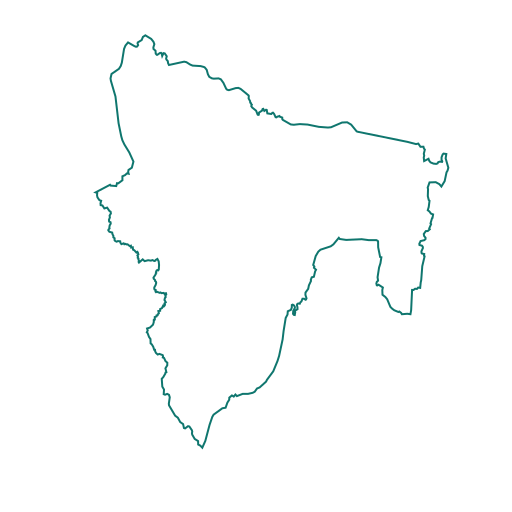 Bueng Na Rang, Phichit, Thailand (Equal Earth projection), rotated 10°
{"feature_id": "78962969B60737271692218", "entity_name": "Bueng Na Rang", "entity_type": "district", "adm_level": 2, "iso_a3": "THA", "parent_name": "Thailand", "parent_adm1": "Phichit", "projection": "equal_earth", "projection_center": [100.12, 16.173], "detail": "fine", "context": "isolated", "style": "outline", "palette": "teal", "viewbox_px": 512, "rotation_deg": 10, "n_neighbors": 0, "source": "geoboundaries", "source_scale": "gbopen_adm2", "svg_char_len": 6071}
<svg xmlns="http://www.w3.org/2000/svg" viewBox="0 0 512 512"><g transform="rotate(10 256 256)"><path d="M213.4,434.2L214.9,437.9L216.1,438.1L218.6,435.4L220.0,435.5L223.1,438.7L223.7,440.0L223.7,441.6L224.2,443.0L227.4,446.8L231.1,448.3L231.8,451.7L234.1,452.4L236.4,454.1L238.2,446.9L239.6,430.3L240.9,422.0L241.8,419.6L249.3,411.8L252.4,410.7L253.3,405.3L254.6,402.2L254.3,400.1L256.5,397.5L258.5,398.3L259.8,396.0L261.5,397.3L266.8,394.1L272.0,393.2L276.5,391.3L278.3,389.9L280.0,386.3L282.4,384.8L287.7,378.0L288.3,376.0L293.0,366.6L295.4,355.7L296.1,350.4L296.7,333.6L296.2,325.0L296.0,311.8L297.2,308.2L296.9,304.9L299.7,303.0L300.2,300.6L299.8,298.0L300.6,297.5L302.0,298.1L303.1,299.4L303.3,300.4L302.2,303.6L302.5,306.5L303.5,307.4L304.4,307.4L304.4,304.7L303.8,303.2L306.1,301.2L305.7,299.2L304.8,297.2L304.9,296.3L305.8,295.4L307.4,295.4L307.7,294.0L308.6,292.9L309.2,290.0L310.8,289.7L312.3,290.5L312.8,290.2L313.1,288.9L311.4,285.7L311.1,283.4L313.1,279.3L313.2,275.7L314.5,271.0L314.1,270.0L314.6,267.3L316.6,266.4L316.9,260.9L317.5,259.1L315.1,257.5L315.3,256.2L313.9,254.9L314.8,245.7L316.6,240.9L318.4,238.6L327.9,233.5L330.2,231.1L334.4,223.7L335.5,224.7L342.0,224.5L357.2,221.1L364.3,220.8L371.8,219.5L373.2,219.9L373.7,220.5L374.8,226.2L378.4,235.4L379.7,235.5L379.8,241.5L379.2,246.0L379.4,255.8L380.5,259.1L379.5,260.4L379.3,262.2L380.0,263.8L380.4,264.0L381.7,263.0L386.4,265.0L386.3,267.6L387.3,272.2L390.5,273.9L392.7,275.8L397.2,282.8L399.2,284.2L401.5,285.4L405.0,286.2L406.0,286.4L406.8,285.8L408.9,286.9L409.8,288.0L415.1,286.6L418.2,286.5L418.2,282.5L415.6,262.3L417.0,262.1L418.4,260.6L420.2,260.5L421.2,258.9L423.2,258.9L422.8,253.4L422.9,251.1L421.5,237.1L422.1,227.0L421.4,226.6L421.3,224.8L419.1,224.8L418.5,224.3L418.1,222.6L419.0,219.1L418.6,217.9L417.6,217.0L415.1,216.8L414.7,215.6L415.5,212.7L419.0,211.2L420.0,209.9L419.8,208.6L418.1,207.1L417.4,205.2L418.9,202.0L420.8,201.6L422.5,199.5L421.8,198.8L422.9,194.2L422.2,193.6L422.8,188.2L423.2,187.9L423.2,184.3L421.0,183.9L419.0,182.0L417.2,181.1L417.6,177.8L417.3,171.5L416.4,170.9L414.8,167.2L413.8,160.2L413.2,158.9L414.1,153.4L420.2,152.1L424.1,153.4L426.5,155.4L428.8,149.5L429.1,140.5L429.8,138.7L430.1,135.7L425.8,126.9L425.7,122.5L422.9,122.6L422.2,123.6L421.6,126.6L422.0,129.0L423.0,130.4L422.9,131.0L420.8,131.1L419.2,131.9L418.7,133.3L417.5,134.0L414.8,134.2L411.6,133.5L410.0,132.1L409.0,130.3L405.1,133.3L404.1,129.9L404.2,127.9L403.5,126.2L403.8,121.9L402.8,121.1L401.9,119.3L399.0,119.9L396.3,117.1L394.2,118.0L385.3,117.3L334.8,116.0L333.5,115.8L326.9,110.1L322.6,108.5L317.6,109.6L307.5,116.2L304.5,117.0L295.5,117.9L284.0,117.6L276.2,118.5L270.4,120.2L267.4,120.4L258.8,117.3L258.2,116.8L257.8,115.1L254.9,114.6L254.7,114.1L252.6,115.2L252.1,115.9L251.2,115.9L249.2,113.0L247.9,111.9L247.3,112.1L246.4,113.5L242.4,113.6L241.2,110.3L240.5,110.2L239.0,111.7L237.6,109.8L237.0,110.1L236.6,111.9L234.1,114.2L234.2,116.4L233.6,116.7L233.0,116.4L230.9,112.9L226.4,110.4L225.3,109.2L225.6,107.7L225.0,107.4L224.6,106.4L223.7,106.0L223.3,104.5L221.4,102.2L221.1,99.6L220.7,99.1L211.8,94.1L209.4,93.5L206.8,94.2L200.5,97.4L198.8,97.3L197.6,96.5L193.8,91.1L190.7,88.1L188.3,87.6L183.6,88.7L181.7,88.7L178.9,87.7L177.1,85.4L175.1,81.2L172.8,79.2L171.8,78.9L168.5,78.6L160.5,79.5L157.9,78.9L153.8,77.2L151.5,77.1L137.1,83.0L135.9,81.3L135.3,79.4L133.6,78.0L133.2,77.1L133.4,74.8L130.9,72.3L129.7,72.3L128.9,75.3L127.8,72.8L127.2,72.4L126.1,72.8L123.9,75.0L123.3,75.1L122.1,74.1L121.4,71.3L119.1,69.9L118.7,68.4L119.1,65.0L117.8,62.8L115.1,60.4L108.7,57.9L106.6,59.9L105.9,63.2L102.5,66.2L102.4,67.1L103.3,68.8L102.5,70.4L101.5,70.8L99.8,70.4L92.9,67.9L90.9,71.4L90.1,74.9L90.3,88.9L89.8,92.4L88.5,95.5L82.1,101.8L81.9,106.4L82.7,108.7L89.9,123.3L97.6,149.1L102.5,161.5L104.3,165.2L107.0,169.0L113.2,176.0L118.9,184.3L118.4,190.6L115.5,193.4L115.5,195.5L116.3,197.1L114.5,197.1L113.0,199.1L110.6,200.7L111.3,204.6L107.7,208.4L106.5,208.4L106.2,211.4L100.6,211.9L99.9,211.2L87.0,221.2L88.7,221.5L88.9,223.8L89.7,225.8L92.1,228.2L93.9,228.5L93.7,231.1L94.2,232.9L96.0,232.9L98.4,235.5L101.0,234.2L103.8,237.1L105.1,237.6L105.7,239.3L104.8,241.6L105.4,243.4L104.9,245.9L105.4,247.6L106.9,248.0L107.3,249.4L106.6,251.2L106.6,253.4L107.0,254.3L106.1,255.6L106.1,256.4L107.4,257.6L110.3,257.9L111.0,259.7L112.0,260.8L112.3,262.4L113.7,263.1L113.9,264.9L114.8,265.7L116.3,266.1L117.4,265.3L119.7,265.1L120.1,266.4L121.4,267.7L123.5,266.5L124.3,267.3L125.5,266.7L126.4,267.1L127.5,266.8L130.0,268.2L131.0,267.6L131.6,269.4L133.1,268.8L133.8,271.1L135.2,271.5L137.6,273.4L138.4,272.5L139.0,273.0L139.9,274.9L139.1,276.0L139.9,277.2L139.8,278.3L140.7,278.9L140.8,279.9L141.7,281.1L141.4,282.2L141.9,282.8L145.0,279.0L147.2,280.4L150.5,278.9L153.3,278.8L154.8,278.0L156.7,278.6L157.7,278.1L157.9,277.3L159.4,276.0L161.1,278.2L162.1,281.7L162.6,286.3L162.1,287.2L161.2,287.0L160.6,287.6L160.3,289.1L160.7,289.9L160.3,290.3L160.4,291.4L158.8,295.1L159.2,296.1L160.8,297.3L161.0,298.2L161.9,298.7L162.4,299.8L162.2,301.9L161.3,304.6L161.5,306.0L162.0,306.7L163.1,306.9L163.2,308.5L163.8,309.0L164.6,308.4L167.5,309.0L168.3,308.5L169.4,309.0L171.4,308.4L172.7,309.4L173.0,308.6L173.8,308.3L174.3,309.4L173.6,310.9L174.2,312.1L173.6,313.2L173.5,315.2L175.2,317.2L174.1,318.6L174.8,319.6L174.7,320.5L174.2,321.3L173.7,320.5L173.3,320.6L172.4,323.7L170.8,324.9L171.1,326.6L169.4,327.2L170.3,329.3L169.4,330.5L169.4,331.4L168.4,331.8L168.5,332.8L166.9,333.7L167.4,336.1L167.1,336.7L166.6,336.4L166.4,336.7L166.8,338.8L166.5,341.5L164.0,344.9L161.3,346.3L162.3,348.2L161.7,350.1L162.6,350.7L164.7,354.3L166.5,356.1L167.4,360.4L168.7,361.1L170.6,363.3L172.0,366.0L172.8,365.9L173.3,367.5L174.4,368.9L176.3,370.1L177.8,369.2L181.3,369.8L181.9,370.9L181.8,372.1L183.2,372.4L185.0,375.1L187.2,376.5L187.6,379.1L186.3,382.3L187.9,386.0L187.1,386.5L187.1,387.6L185.7,391.4L184.5,393.3L186.4,400.9L188.6,403.5L189.1,408.1L190.5,408.4L192.5,407.2L194.4,407.8L195.6,410.1L195.8,416.6L196.3,418.2L204.1,427.3L207.1,428.8L210.2,432.7L213.4,434.2Z" fill="none" stroke="#0f766e" stroke-width="2"/></g></svg>